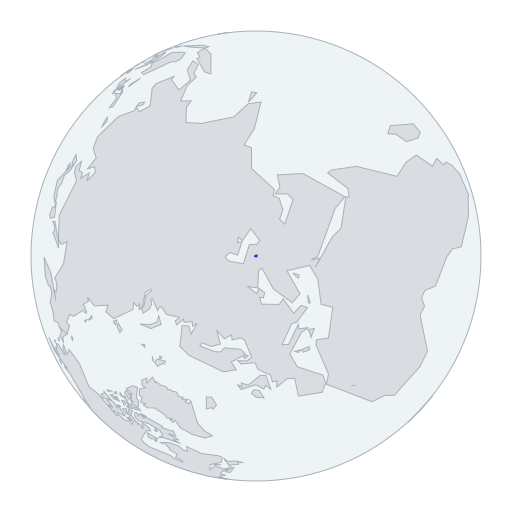 Şəmkir on an orthographic globe, rotated 231°
{"feature_id": "AZE-1685", "entity_name": "Şəmkir", "entity_type": "District", "adm_level": 1, "iso_a3": "AZE", "parent_name": "Azerbaijan", "parent_adm1": "", "projection": "orthographic", "projection_center": [46.049, 40.847], "detail": "fine", "context": "on_globe", "style": "filled", "palette": "violet", "viewbox_px": 512, "rotation_deg": 231, "n_neighbors": 0, "source": "natural_earth", "source_scale": "10m", "svg_char_len": 10906}
<svg xmlns="http://www.w3.org/2000/svg" viewBox="0 0 512 512"><g transform="rotate(231 256 256)"><circle cx="256" cy="256" r="225" fill="#eef3f6" stroke="#a8b0b8"/><path d="M227.2,32.6L227.5,32.5L235.2,31.8L239.9,31.4L256.3,33.5L281.0,37.3L291.2,37.7L287.0,38.7L308.2,39.7L323.2,43.8L304.7,39.9L301.6,40.1L311.0,42.8L309.9,43.7L313.8,45.7L311.6,46.8L300.9,45.0L299.3,45.8L306.1,47.8L308.1,50.5L298.4,47.4L301.0,51.9L283.7,51.1L259.6,44.0L248.4,46.4L219.3,47.4L220.3,49.0L210.0,51.1L207.3,54.0L202.7,53.9L204.6,56.3L209.3,56.0L211.7,57.0L210.6,58.9L204.5,58.8L204.2,57.9L201.8,58.9L199.2,58.2L199.8,59.6L192.6,59.7L198.0,62.4L190.8,64.8L186.4,64.2L189.2,60.6L186.0,52.0L182.5,51.2L174.6,53.1L155.0,63.9L150.1,65.0L141.8,69.0L143.3,69.8L150.4,67.0L151.3,70.1L159.9,66.9L161.5,67.9L169.4,66.7L165.6,71.0L157.7,76.0L151.0,77.5L147.3,80.0L151.7,82.2L137.1,89.1L124.1,101.4L120.6,103.1L117.6,98.9L122.8,89.0L118.8,85.7L118.8,92.3L110.1,97.2L107.5,100.1L106.5,102.7L108.8,102.7L105.2,105.6L104.0,99.6L107.2,96.9L107.5,98.6L109.9,94.3L109.0,91.2L104.7,94.5L107.9,88.1L104.8,90.5L103.8,90.8L108.5,87.2L100.2,93.8L101.6,92.0L114.9,80.4L129.1,69.9L144.0,60.5L159.7,52.3L175.9,45.4L192.6,39.8L209.8,35.5L227.2,32.6ZM31.1,269.2L31.5,274.7L34.3,294.5L36.1,305.0L36.2,305.4L32.9,287.4L31.1,269.2ZM234.7,31.7L242.1,31.3L235.5,31.7L229.6,32.3L234.7,31.7ZM254.3,31.5L250.9,31.6L249.3,31.1L251.8,31.2L254.3,31.5ZM298.9,38.2L293.7,37.1L299.1,37.9L298.9,38.2ZM314.7,45.9L316.5,46.0L317.8,47.1L314.7,45.9ZM170.9,64.5L170.1,65.5L169.1,65.2L170.9,64.5ZM175.1,63.0L174.4,61.9L176.2,61.1L176.6,61.8L175.1,63.0ZM315.6,49.7L317.0,51.7L313.7,49.4L315.6,49.7ZM175.5,64.7L179.6,59.8L182.9,58.4L187.1,60.2L175.5,64.7ZM316.6,52.6L320.2,57.8L324.6,58.3L314.2,60.2L314.6,54.9L309.8,51.8L314.4,53.1L316.6,52.6ZM211.3,55.1L206.2,55.6L211.5,53.6L211.3,55.1ZM214.1,53.6L226.9,46.9L233.9,47.5L228.2,49.4L238.1,49.2L235.2,52.7L229.1,53.6L225.2,52.5L227.1,54.8L214.1,53.6ZM307.9,60.7L307.2,61.9L305.9,60.4L307.9,60.7ZM213.1,57.3L215.1,55.8L221.3,56.1L218.5,59.3L217.4,58.1L213.1,57.3ZM242.1,47.6L246.2,48.6L245.0,51.7L246.4,52.6L235.7,52.9L242.1,47.6ZM215.4,59.0L216.9,61.0L212.9,62.6L211.6,58.9L215.4,59.0ZM224.1,54.9L226.9,55.3L224.4,56.1L224.1,54.9ZM199.8,69.9L202.0,67.7L205.4,67.6L199.8,69.9ZM217.7,61.6L219.0,61.1L220.6,60.9L220.8,62.6L217.7,61.6ZM235.6,55.1L234.2,56.3L239.9,55.1L239.2,57.6L232.2,57.5L235.0,58.6L234.8,59.4L229.3,58.5L235.6,55.1ZM225.7,63.8L216.6,64.9L211.7,68.9L208.5,69.0L216.9,62.7L225.7,63.8ZM228.3,60.7L226.0,62.6L223.2,61.6L223.1,59.7L228.3,60.7ZM241.3,59.5L244.2,55.7L245.6,55.9L241.3,59.5ZM224.9,65.1L227.1,64.8L224.8,65.4L224.9,65.1ZM236.9,61.3L237.7,59.9L239.3,60.1L236.9,61.3ZM230.9,65.6L227.9,65.9L227.7,64.5L230.9,65.6ZM234.1,63.8L236.1,64.5L229.4,63.9L234.2,63.1L234.1,63.8ZM238.3,61.8L239.5,61.5L237.7,62.4L238.3,61.8ZM233.3,70.8L225.0,70.3L224.5,67.2L232.7,68.0L233.3,70.8ZM66.8,313.7L60.7,275.9L66.6,268.4L69.7,254.5L112.0,230.1L118.7,238.1L149.4,246.7L152.8,250.3L146.7,260.7L167.8,283.5L177.5,276.2L199.0,289.4L214.9,291.8L225.0,270.7L198.9,266.4L196.9,254.7L219.7,248.8L242.8,253.0L242.7,248.6L230.2,237.3L237.6,230.1L226.1,232.8L229.2,237.8L222.1,239.8L218.8,235.5L221.5,232.9L215.1,229.9L203.7,243.7L205.6,250.2L187.7,249.1L189.2,260.0L183.5,263.5L178.9,246.4L180.9,241.0L170.6,220.3L166.8,225.7L176.3,245.9L172.4,243.4L167.4,251.7L168.1,243.4L158.7,220.8L143.9,218.4L121.3,233.0L113.4,230.3L108.5,221.5L120.4,200.8L136.7,209.2L141.1,202.9L141.0,189.7L146.0,193.6L147.9,189.6L154.4,192.3L166.6,186.2L173.7,188.0L181.5,176.4L186.2,176.0L180.2,182.8L179.9,188.9L197.8,194.2L202.1,192.4L205.7,184.6L210.2,187.4L211.5,179.3L223.2,178.8L209.9,172.8L213.8,164.4L222.6,159.4L221.5,155.8L207.3,164.0L203.7,168.3L204.5,173.6L192.9,185.6L186.1,185.9L189.2,170.0L179.9,169.1L186.5,157.8L220.9,141.4L233.7,139.9L248.5,154.9L243.8,159.7L236.1,156.5L240.4,167.2L241.4,162.6L245.1,165.1L249.8,158.4L252.7,160.0L252.3,151.1L256.3,152.3L256.5,157.9L266.8,149.7L276.0,150.6L277.0,148.1L275.4,145.2L288.1,148.7L288.3,146.7L284.2,144.7L281.8,139.7L282.6,132.3L287.0,133.9L287.3,136.8L294.4,145.6L294.6,153.5L296.4,153.4L297.3,147.0L288.6,136.2L287.8,131.4L292.7,135.8L290.9,133.8L291.9,131.9L296.9,131.7L291.9,126.7L296.8,106.0L307.1,104.2L310.9,110.1L318.9,99.1L329.9,99.1L326.1,97.1L327.4,91.3L324.0,91.1L322.2,89.8L324.0,76.2L327.8,74.7L324.2,67.7L322.3,66.8L319.3,67.4L314.2,60.2L324.6,58.3L328.5,60.3L332.4,58.2L340.7,63.3L349.4,66.9L356.3,74.5L362.6,77.1L363.4,76.1L372.5,79.4L388.6,90.7L372.1,86.0L347.3,72.4L357.1,78.1L353.9,78.3L356.8,81.5L363.8,85.6L365.2,85.1L371.2,101.7L386.1,118.2L387.5,112.0L393.4,112.9L411.5,128.9L427.3,163.8L435.2,167.5L439.0,172.7L439.3,179.9L433.9,172.5L429.8,173.6L426.7,168.6L425.4,178.7L420.8,172.0L422.0,183.6L426.9,186.8L429.8,180.0L432.8,193.6L441.9,197.1L448.3,207.6L451.0,236.8L445.7,252.4L446.5,256.5L441.6,256.2L439.3,268.1L451.7,280.9L452.8,286.7L447.2,305.3L446.3,301.3L433.4,300.6L434.0,315.8L443.9,319.7L447.4,329.8L441.1,331.5L437.2,322.8L432.6,322.2L431.7,309.7L423.8,294.9L417.3,303.4L415.7,295.9L403.8,285.5L393.3,297.1L378.0,326.4L379.3,345.8L372.5,356.8L355.9,334.7L349.9,316.7L343.0,320.6L326.7,307.6L295.9,312.1L292.3,307.2L286.4,310.4L275.0,306.0L269.8,297.5L262.6,298.4L276.6,320.5L284.5,319.5L292.1,310.1L294.5,318.0L305.6,323.7L290.5,344.4L246.2,362.3L243.2,347.6L216.6,303.3L218.2,298.5L218.2,297.9L217.9,296.9L214.1,304.5L210.0,295.4L222.7,327.0L224.2,339.7L245.5,363.2L243.2,365.4L250.5,370.0L275.4,364.0L275.3,368.8L262.6,390.3L229.2,415.7L234.5,431.9L233.5,444.1L214.6,449.7L218.2,457.8L208.7,459.1L209.4,462.9L202.9,465.4L191.3,465.8L169.4,459.6L166.5,456.4L153.2,446.2L134.0,421.3L137.9,413.2L135.3,403.8L119.7,376.6L123.0,365.5L119.2,358.2L111.1,355.6L107.0,346.7L102.3,343.9L74.2,329.4L66.8,313.7ZM94.9,248.3L93.1,252.3L94.9,248.3ZM265.8,268.7L280.6,269.2L276.4,255.1L281.7,254.3L278.3,250.0L276.0,254.1L268.1,242.2L275.3,237.9L274.8,231.7L269.8,231.3L257.8,241.2L269.0,258.0L264.6,263.8L265.8,268.7ZM110.2,97.5L110.2,98.1L108.4,101.0L107.9,100.3L110.2,97.5ZM109.0,111.7L103.3,116.0L107.0,112.2L105.1,111.6L110.4,103.2L119.2,103.5L114.3,104.7L109.0,111.7ZM120.0,92.8L115.6,97.6L120.1,92.3L120.0,92.8ZM152.3,166.1L153.5,170.1L149.4,173.9L140.5,172.9L146.3,167.2L152.3,166.1ZM156.0,175.0L161.7,160.3L167.4,160.7L163.2,162.9L166.5,164.7L160.6,168.7L160.6,184.1L157.1,188.6L142.5,183.5L149.2,182.5L147.7,178.4L156.0,175.0ZM165.9,126.3L168.4,121.2L177.6,128.7L174.2,132.7L165.1,131.6L163.8,126.3L165.9,126.3ZM182.1,69.3L182.5,67.8L184.2,67.6L185.3,68.8L182.1,69.3ZM200.5,68.9L182.3,76.2L181.8,74.7L171.8,81.5L166.5,80.3L173.2,75.8L161.6,80.3L165.6,75.8L157.9,79.4L173.3,69.6L176.4,66.2L175.0,70.4L179.7,71.5L182.7,70.9L193.4,67.0L202.3,60.7L208.5,61.2L210.4,63.3L209.2,64.9L205.6,64.0L206.6,66.8L200.4,66.7L200.5,68.9ZM229.8,94.3L226.1,91.3L227.0,99.3L220.9,98.3L221.4,99.3L215.9,100.7L210.2,104.2L207.8,103.1L206.6,105.0L203.0,106.2L200.5,108.5L195.3,107.5L191.9,110.4L191.4,108.3L186.9,113.6L187.9,109.3L183.3,110.7L184.8,114.2L162.7,105.4L152.6,105.9L143.7,109.0L146.6,101.8L156.8,94.6L170.0,89.0L179.3,89.8L178.9,86.7L183.2,86.3L181.7,88.9L186.6,84.7L189.8,85.2L201.5,81.7L206.6,75.9L211.1,74.7L210.6,77.2L215.3,74.3L217.5,78.4L220.7,77.8L226.0,81.5L223.3,87.2L227.1,86.1L231.4,89.1L229.8,94.3ZM234.6,71.9L232.8,78.4L228.5,81.2L221.0,73.7L217.8,73.7L212.8,69.5L219.1,65.7L219.9,67.2L222.2,67.8L219.3,68.7L223.3,68.4L224.6,70.6L228.1,71.0L226.6,72.9L234.6,71.9ZM158.2,247.5L161.2,249.1L166.1,250.2L163.0,255.8L158.2,247.5ZM151.5,232.1L154.4,232.4L152.4,240.3L149.4,238.8L151.5,232.1ZM157.6,226.2L154.7,231.9L154.5,227.9L157.6,226.2ZM183.1,182.8L186.3,182.9L186.0,184.9L183.5,187.2L183.1,182.8ZM231.1,119.5L229.7,116.9L231.1,116.2L232.4,109.9L237.1,110.4L238.1,114.4L231.1,119.5ZM219.6,273.9L214.1,277.5L212.1,275.1L214.4,274.3L219.6,273.9ZM186.4,267.2L193.2,271.7L185.5,268.7L186.4,267.2ZM236.4,119.0L236.4,116.3L238.8,118.3L236.4,119.0ZM240.6,110.5L243.6,112.3L237.8,109.7L240.6,110.5ZM272.8,442.5L259.7,461.4L248.8,461.5L245.8,456.4L250.0,445.0L262.3,441.5L268.1,435.4L272.8,442.5ZM468.4,327.0L470.0,323.7L469.8,324.6L468.4,327.0ZM466.7,328.4L469.0,324.2L466.0,330.9L466.7,328.4ZM469.9,322.5L472.2,316.4L473.2,313.2L472.8,315.1L469.9,322.5ZM465.0,331.5L453.5,347.1L448.4,351.0L450.1,346.8L458.4,337.7L465.0,331.5ZM449.6,347.2L441.1,348.0L425.9,335.5L431.4,331.9L446.6,334.2L445.7,337.5L450.9,338.5L449.6,347.2ZM468.3,309.6L467.3,318.0L461.5,326.1L458.5,328.8L456.5,321.9L457.7,315.5L460.3,312.5L467.6,282.9L470.6,282.5L469.0,293.6L471.3,296.5L468.3,309.6ZM380.4,347.1L386.3,355.8L382.3,359.3L380.4,347.1ZM468.5,265.6L466.9,278.4L467.7,263.5L468.5,265.6ZM467.8,253.2L468.9,256.7L466.9,255.2L467.8,253.2ZM448.3,262.0L445.7,266.2L444.6,263.5L447.4,256.6L448.3,262.0ZM453.1,216.7L456.7,224.9L457.5,228.3L454.6,225.0L453.1,216.7ZM276.2,123.0L269.1,130.9L267.1,137.6L270.8,142.8L262.6,139.2L265.7,128.7L276.2,123.0ZM293.8,107.7L290.5,103.7L293.9,103.6L295.1,104.5L293.8,107.7ZM290.5,106.7L282.8,105.4L282.2,102.0L288.4,103.6L290.5,106.7ZM259.5,111.5L257.0,113.7L255.2,112.0L259.5,111.5ZM447.2,375.1L448.6,372.8L452.7,365.8L447.2,375.1ZM472.4,317.9L475.4,306.6L476.3,303.0L472.4,317.9ZM480.4,275.8L480.4,274.8L480.9,268.6L480.2,273.0L481.1,263.6L481.1,265.1L480.4,275.8ZM478.1,288.4L477.9,290.7L477.5,291.1L478.1,288.4ZM478.9,284.7L479.8,280.8L478.6,286.9L478.9,284.7ZM472.7,295.6L473.4,298.6L475.7,290.2L473.9,298.6L474.9,302.6L474.1,306.8L473.3,302.1L472.0,311.9L470.8,314.1L470.9,308.0L472.3,296.7L473.4,290.6L477.2,279.4L472.7,295.6ZM479.1,279.0L478.7,275.1L478.9,270.3L479.4,271.5L479.1,279.0ZM476.3,266.5L473.9,264.2L472.7,270.3L474.2,253.9L476.4,258.8L476.3,266.5ZM472.8,255.9L471.8,261.6L472.2,252.8L472.8,255.9ZM470.9,260.3L469.7,256.2L471.1,254.1L470.9,260.3ZM473.5,254.3L472.0,246.0L473.6,249.1L473.5,254.3ZM466.5,247.3L471.1,248.8L466.8,253.2L462.0,238.9L463.5,235.3L466.5,247.3ZM445.3,170.5L442.4,167.2L442.4,163.3L444.4,166.7L445.3,170.5ZM439.7,149.1L441.4,161.3L442.3,171.8L444.1,171.5L448.2,180.0L443.0,176.7L439.2,164.4L439.3,157.8L435.2,151.3L432.7,143.8L426.8,137.7L424.3,133.1L429.7,136.7L439.7,149.1ZM424.2,135.4L412.9,123.7L414.9,119.8L417.8,121.5L422.1,128.4L420.8,130.0L424.2,135.4ZM410.8,119.9L409.4,121.5L390.0,110.7L386.4,107.6L402.2,113.0L401.8,114.9L406.2,118.4L410.8,119.9ZM309.7,62.4L307.4,62.0L309.3,61.5L309.7,62.4ZM320.3,89.9L318.3,88.0L320.5,87.3L320.3,89.9ZM313.8,82.5L312.8,84.7L312.1,81.7L313.8,82.5ZM310.7,89.8L311.5,85.2L313.3,90.6L310.7,89.8Z" fill="#d9dde1" stroke="#a8b0b8" stroke-width="1"/><path d="M256.7,256.1L256.6,256.3L256.5,256.5L256.4,256.7L256.2,256.7L256.1,256.8L255.9,256.7L255.8,256.8L255.7,257.0L255.6,256.9L255.5,256.7L255.4,256.6L255.2,256.4L255.1,256.2L255.1,255.9L255.3,255.7L255.5,255.5L255.5,255.4L255.8,255.4L256.0,255.4L256.2,255.2L256.4,255.0L256.5,254.9L256.6,255.0L256.8,255.3L256.8,255.5L256.7,255.5L256.7,255.8L256.7,256.1Z" fill="#8b5cf6" stroke="#5b21b6" stroke-width="1.5"/></g></svg>